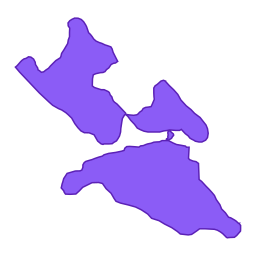 outline of Stockholm, Stockholm, Sweden
{"feature_id": "70781695B5805413017960", "entity_name": "Stockholm", "entity_type": "district", "adm_level": 2, "iso_a3": "SWE", "parent_name": "Sweden", "parent_adm1": "Stockholm", "projection": "albers", "projection_center": [17.995, 59.332], "detail": "fine", "context": "isolated", "style": "filled", "palette": "violet", "viewbox_px": 256, "rotation_deg": 0, "n_neighbors": 0, "source": "geoboundaries", "source_scale": "gbopen_adm2", "svg_char_len": 3820}
<svg xmlns="http://www.w3.org/2000/svg" viewBox="0 0 256 256"><path d="M239.1,223.3L238.5,223.3L237.5,222.4L236.4,221.3L234.7,220.1L230.7,217.8L228.5,217.2L225.4,212.8L221.6,209.0L219.9,204.7L216.3,199.6L214.4,195.4L211.9,192.4L208.9,189.1L206.2,186.4L201.6,181.4L199.1,179.5L198.7,168.8L198.5,163.4L196.0,161.6L192.9,161.0L189.7,159.7L188.5,158.4L189.1,147.2L186.4,147.2L185.5,146.1L180.6,145.2L176.5,144.5L172.9,142.9L170.6,141.7L168.4,140.6L164.5,140.6L162.1,140.6L159.5,141.8L155.9,142.0L153.8,142.2L151.2,143.2L147.7,143.9L145.9,144.5L143.3,145.6L140.6,145.9L138.9,147.1L134.2,146.7L129.6,146.4L126.7,146.6L124.8,148.2L124.1,150.4L121.5,151.2L115.8,152.4L108.7,153.4L104.0,154.8L102.4,156.1L98.8,157.1L95.0,158.4L92.0,159.6L89.5,160.3L85.8,161.4L84.2,162.6L82.9,164.9L82.9,167.3L81.8,170.1L79.9,170.9L75.3,171.0L71.2,172.2L67.1,173.4L63.7,178.6L62.8,181.9L62.1,184.0L61.5,186.8L61.2,187.9L62.5,189.4L63.7,190.8L64.3,192.4L65.5,194.1L70.0,194.3L75.9,194.0L79.3,190.9L82.7,187.3L92.0,182.7L98.7,182.5L102.5,183.5L106.1,188.7L111.1,193.3L114.1,198.5L116.0,201.3L120.6,203.1L128.1,204.9L135.6,207.0L141.3,209.8L147.7,214.0L151.6,218.3L159.1,220.7L164.5,224.0L171.7,227.6L177.4,231.5L180.3,234.0L188.2,234.9L191.6,234.4L194.0,232.8L196.9,230.8L199.6,228.8L205.4,228.8L214.5,229.3L217.4,230.2L220.4,231.9L222.8,233.7L224.7,235.6L227.0,237.9L226.9,237.8L229.6,237.5L234.4,237.3L236.7,235.5L240.5,231.1L240.6,229.1L240.6,225.4L239.0,223.4L239.1,223.3ZM105.0,71.6L106.5,69.6L108.8,67.9L111.1,64.5L113.5,63.3L115.5,63.0L117.5,61.5L117.7,61.4L115.5,57.1L113.1,52.3L112.1,48.9L110.9,46.9L107.6,45.7L105.0,44.9L101.9,43.4L99.4,42.6L96.1,41.1L93.7,39.0L92.2,36.7L90.4,34.4L88.6,32.7L87.9,30.6L86.6,26.8L85.6,24.8L83.6,21.7L81.3,19.5L78.1,18.2L74.6,18.1L71.8,19.4L69.7,20.8L68.0,23.0L68.1,23.7L68.2,25.9L69.7,28.1L69.5,32.5L69.5,36.8L68.3,39.9L67.7,43.5L65.8,46.7L63.9,49.9L61.6,53.4L60.9,56.5L60.2,57.8L55.8,60.6L53.6,62.8L50.5,65.9L48.5,68.3L45.9,70.0L43.7,71.8L41.4,72.3L39.6,70.8L38.0,69.8L37.7,68.0L35.5,64.5L35.2,62.2L33.6,59.1L30.9,57.1L28.5,56.8L26.2,58.3L24.0,58.9L21.9,60.4L20.6,61.7L18.1,64.6L16.8,66.0L15.4,67.1L19.7,72.2L26.9,79.8L33.8,87.1L39.4,93.0L49.3,102.3L52.7,105.3L58.5,108.6L61.8,110.0L65.9,112.7L68.2,114.7L71.7,118.1L74.8,123.6L77.9,127.7L80.9,130.9L84.3,132.7L89.1,132.8L94.1,134.8L95.9,138.0L97.7,141.1L101.1,143.9L103.0,144.4L104.1,143.9L109.1,143.9L112.2,143.7L113.8,142.4L116.5,140.9L118.0,138.6L119.5,136.0L120.6,132.0L120.8,128.6L121.8,122.0L122.4,118.5L124.6,114.9L125.4,114.4L125.7,114.6L127.7,116.2L130.7,120.3L134.5,124.3L137.3,128.1L140.4,129.7L144.0,131.2L148.0,132.0L159.7,132.0L163.8,130.9L167.1,130.5L169.6,129.9L175.5,130.4L179.6,130.4L181.3,129.4L182.8,131.0L185.3,133.7L188.1,135.8L189.9,138.1L191.5,139.1L193.8,140.2L195.3,141.2L199.0,142.0L201.9,142.0L205.6,140.2L207.5,137.6L208.2,133.3L207.5,128.7L206.0,125.0L203.4,121.7L200.1,117.5L194.6,113.4L191.0,109.6L186.2,105.8L180.9,100.0L177.8,94.4L173.7,89.8L169.2,85.5L165.4,81.3L165.5,81.1L163.5,80.3L163.4,80.3L160.9,81.1L157.1,84.5L155.1,85.8L153.8,88.0L153.8,92.8L154.0,96.8L154.3,99.3L152.2,104.3L151.1,106.6L148.2,107.1L145.6,107.4L143.2,108.5L141.9,110.6L139.6,112.2L138.0,114.0L136.8,114.8L133.6,115.3L129.2,114.9L126.1,114.4L125.8,114.5L125.6,113.1L120.6,107.8L117.0,104.0L114.8,102.4L114.5,102.2L113.2,100.7L112.4,98.7L111.9,96.9L110.2,94.9L109.3,92.5L108.1,91.5L104.1,89.7L101.2,89.7L97.1,88.4L94.4,87.5L92.3,85.9L92.5,78.8L93.3,74.8L95.8,73.7L100.2,72.7L103.0,72.5L105.0,71.6ZM168.1,131.6L167.8,132.9L168.1,134.8L167.8,136.6L168.0,138.0L167.4,138.4L166.5,138.9L166.4,139.3L167.1,139.6L168.6,140.0L169.5,139.4L170.3,139.1L171.0,138.7L171.6,138.2L172.2,137.2L172.5,136.4L173.3,135.9L173.7,135.1L173.3,133.9L172.1,132.9L171.0,131.9L170.3,130.9L169.1,130.9L168.1,131.6Z" fill="#8b5cf6" stroke="#5b21b6" stroke-width="1.5"/></svg>